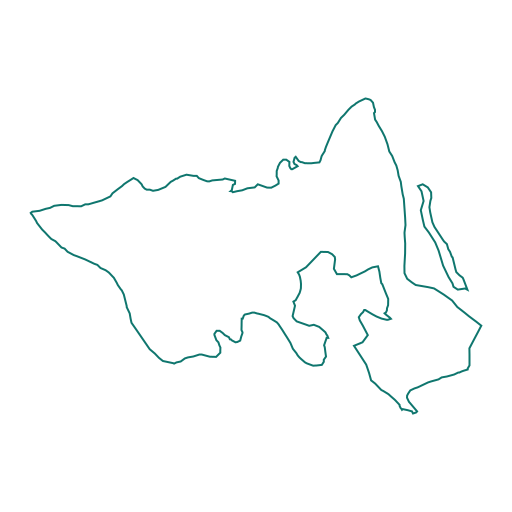 outline of Tahta, Suhaj, Egypt
{"feature_id": "37247803B8272861874741", "entity_name": "Tahta", "entity_type": "district", "adm_level": 2, "iso_a3": "EGY", "parent_name": "Egypt", "parent_adm1": "Suhaj", "projection": "albers", "projection_center": [31.471, 26.785], "detail": "fine", "context": "isolated", "style": "outline", "palette": "teal", "viewbox_px": 512, "rotation_deg": 0, "n_neighbors": 0, "source": "geoboundaries", "source_scale": "gbopen_adm2", "svg_char_len": 5971}
<svg xmlns="http://www.w3.org/2000/svg" viewBox="0 0 512 512"><path d="M481.3,325.7L476.0,321.5L474.9,320.7L468.9,316.2L464.5,312.6L457.3,307.0L452.1,300.5L443.8,294.6L438.3,291.1L434.0,288.4L427.9,287.1L427.3,287.0L415.7,285.0L412.0,282.5L407.2,278.8L404.5,273.2L404.4,265.9L405.1,253.5L405.2,243.5L404.7,236.8L404.5,232.9L404.6,231.8L405.5,225.1L405.1,217.3L403.8,198.7L402.7,194.4L401.3,186.0L400.8,181.9L398.6,175.8L397.7,170.4L396.3,165.5L394.6,162.2L392.2,156.0L389.3,151.5L387.5,144.3L384.8,136.8L382.0,131.2L378.7,125.8L376.7,122.0L375.1,119.6L374.4,115.5L374.0,113.1L375.0,112.0L375.0,109.8L373.9,107.0L373.0,102.7L370.6,100.0L368.9,99.3L366.5,98.7L365.4,98.5L359.0,101.5L355.8,103.5L354.8,104.5L351.6,106.6L348.5,109.7L344.2,114.8L341.0,117.9L337.8,123.0L335.7,125.1L333.6,129.2L332.5,131.3L330.3,136.5L328.1,141.7L326.0,146.8L324.9,150.0L324.8,151.0L323.5,153.1L322.4,154.8L321.6,156.2L320.5,160.3L319.4,162.4L314.2,162.9L311.1,163.3L304.9,163.2L301.8,162.1L300.8,162.1L298.7,161.0L295.7,156.8L294.6,157.8L293.5,161.9L294.5,164.0L296.6,165.1L297.6,166.2L292.3,169.2L291.3,169.2L290.3,168.1L289.3,166.0L289.4,161.9L286.3,159.7L283.2,159.7L282.1,160.8L280.0,162.8L277.9,166.9L277.8,167.9L276.7,171.0L276.7,174.2L276.6,176.3L278.6,180.5L278.6,182.6L278.6,183.6L275.4,185.6L271.2,187.7L267.1,187.6L257.8,184.3L256.8,185.3L254.7,187.4L247.4,188.3L242.2,190.3L237.0,191.2L235.0,191.7L232.8,192.2L231.8,191.2L230.7,191.1L231.8,190.1L232.9,184.9L235.0,183.9L235.1,181.8L235.1,180.8L224.8,178.5L222.7,179.5L212.3,180.4L209.2,181.4L207.1,181.3L204.0,180.2L202.7,179.7L201.7,179.3L198.8,178.1L197.8,177.0L196.8,175.9L193.7,175.9L186.5,174.7L180.2,176.7L177.1,178.7L176.0,178.7L172.9,180.7L170.8,181.8L168.6,183.9L165.5,186.9L158.2,189.9L153.0,190.8L151.3,190.2L149.9,189.7L146.8,189.7L144.7,188.6L143.7,187.5L142.7,186.5L142.2,185.5L141.7,184.4L140.7,183.3L137.6,180.1L135.6,179.1L133.5,178.0L130.4,180.0L127.2,182.0L124.1,184.1L122.0,186.1L117.8,189.2L112.5,193.3L110.4,196.4L106.2,198.4L102.0,200.4L88.4,204.3L85.3,204.3L81.1,206.3L77.0,206.2L72.8,206.2L68.7,205.1L61.4,204.9L54.2,205.8L50.0,207.9L45.8,208.8L39.6,210.8L32.3,211.7L30.7,212.9L31.0,213.6L32.1,214.7L34.1,217.8L36.1,221.0L37.1,223.1L42.1,229.5L45.2,232.6L47.2,234.8L49.2,236.9L51.3,239.0L55.4,241.2L56.7,242.5L61.5,247.5L64.6,248.6L67.6,251.8L69.7,252.9L73.8,255.1L76.9,256.2L85.1,259.4L94.3,263.8L97.4,264.9L100.5,268.0L105.6,270.2L108.7,272.4L109.7,273.4L112.7,276.6L113.8,277.7L116.8,282.9L117.8,285.0L120.8,289.3L121.8,290.4L123.8,294.5L126.7,306.1L126.7,307.1L129.7,313.4L130.6,318.7L131.5,322.8L136.1,329.4L149.7,349.2L154.8,353.5L158.9,357.8L162.9,361.0L173.3,363.2L174.1,363.6L176.5,362.4L180.7,361.5L184.9,358.4L188.0,357.4L193.3,356.5L196.4,355.5L199.5,354.5L201.6,354.5L205.7,355.6L209.8,356.7L212.9,356.8L214.0,356.8L216.1,356.9L218.2,354.8L220.3,352.7L220.3,350.7L220.4,347.5L219.4,345.4L218.4,342.3L216.4,340.2L214.4,334.9L214.4,333.9L216.6,330.8L218.1,330.8L219.7,330.8L222.7,333.0L224.8,335.1L228.9,337.2L229.9,339.3L230.9,339.4L231.9,340.4L234.0,341.5L235.5,342.3L237.3,342.0L240.2,340.6L241.3,336.4L242.4,333.3L242.5,332.3L241.5,330.1L241.5,329.1L241.6,324.9L241.6,323.9L241.7,318.7L242.7,318.7L243.8,315.6L244.9,314.5L249.1,313.6L252.2,312.6L254.3,312.6L257.2,313.5L258.4,313.7L259.5,314.0L263.5,315.0L264.2,315.2L266.6,316.1L268.5,316.9L270.0,318.2L271.7,319.2L273.7,320.4L276.9,322.4L278.8,324.6L279.1,325.2L282.0,329.5L282.9,330.9L284.9,334.1L286.7,336.9L287.2,337.7L290.4,342.9L292.8,348.6L293.2,349.2L293.6,349.7L296.4,353.2L296.8,353.9L297.7,355.4L299.4,357.4L301.0,358.9L304.0,361.5L304.9,362.3L306.5,363.2L307.2,363.5L312.6,365.5L313.4,365.7L314.2,365.6L316.5,365.5L321.8,364.9L323.8,361.8L323.8,359.7L326.0,356.6L325.3,351.6L324.9,348.3L324.7,347.0L324.1,345.3L325.2,342.0L326.3,338.9L326.6,337.9L328.2,337.9L327.5,336.1L327.3,335.5L326.4,334.4L326.1,333.7L325.4,332.3L323.4,330.5L319.2,326.9L313.8,324.8L309.2,325.8L305.9,324.6L296.7,321.4L293.6,318.2L292.6,316.1L293.8,310.9L295.0,305.7L293.4,301.6L295.7,300.2L296.7,298.3L297.3,297.3L298.9,294.3L299.6,293.0L300.1,291.4L300.8,288.8L300.9,288.0L301.0,284.0L300.7,280.8L300.3,278.8L300.1,277.7L299.9,276.8L299.3,275.1L299.0,274.4L297.7,272.3L306.0,267.3L320.8,251.9L322.9,251.9L328.0,252.0L332.1,254.2L334.8,257.0L335.1,259.4L333.9,268.8L336.9,274.1L341.1,274.1L347.3,274.2L349.3,275.3L351.3,277.3L356.6,275.4L360.7,273.4L364.9,271.4L368.1,269.4L372.3,267.4L378.0,266.3L379.4,271.7L380.3,277.9L381.3,283.2L382.3,284.2L385.8,293.1L388.2,298.9L388.1,305.2L387.0,308.3L386.9,310.4L385.9,312.5L384.6,313.3L385.8,314.5L389.9,317.7L390.9,318.8L387.8,319.8L386.7,319.8L381.6,318.6L376.5,316.5L372.4,314.3L367.2,311.2L365.2,310.0L364.2,310.0L363.1,312.1L361.0,314.1L358.8,317.2L359.8,320.4L362.8,325.6L367.8,335.1L362.5,342.3L354.0,345.8L366.2,364.6L367.3,367.8L369.1,373.1L369.7,375.3L371.1,380.4L372.3,381.3L375.2,383.6L381.3,390.0L383.3,391.0L388.5,394.2L390.8,396.3L394.6,399.6L395.6,400.6L396.6,401.7L398.6,403.8L399.6,404.9L399.6,405.9L400.6,408.0L401.6,409.1L402.0,409.8L402.7,409.1L407.8,410.2L412.0,411.4L413.0,413.5L416.1,412.5L417.1,411.4L410.0,403.0L409.0,401.9L408.0,399.8L407.0,397.7L407.1,395.6L408.2,393.5L410.3,390.4L414.5,388.4L417.6,387.4L428.1,382.4L431.2,381.4L438.5,379.4L441.7,377.4L446.9,376.5L454.2,374.5L458.3,372.5L459.4,372.5L461.5,371.5L463.4,370.8L467.7,369.5L467.7,368.5L469.5,365.4L469.5,362.2L469.5,354.9L469.4,348.3L474.6,338.4L477.9,332.2L480.7,326.8L481.3,325.7ZM467.4,289.7L463.4,279.2L462.7,277.7L459.5,275.3L456.3,272.1L455.5,269.3L452.6,257.4L451.8,256.7L450.0,251.8L448.3,249.2L446.9,244.1L444.1,241.5L442.9,239.8L437.4,231.4L434.5,227.0L432.4,222.3L430.2,212.3L429.4,207.2L429.9,204.0L430.4,200.8L431.3,198.0L431.1,192.3L427.8,187.4L422.7,184.3L418.0,186.1L421.5,191.3L423.6,201.0L420.8,210.2L422.8,219.8L424.4,226.6L428.8,232.4L435.2,242.4L438.6,250.6L443.1,265.6L448.6,277.1L452.5,283.4L453.5,286.8L457.8,289.6L465.1,288.5L467.4,289.7Z" fill="none" stroke="#0f766e" stroke-width="2"/></svg>